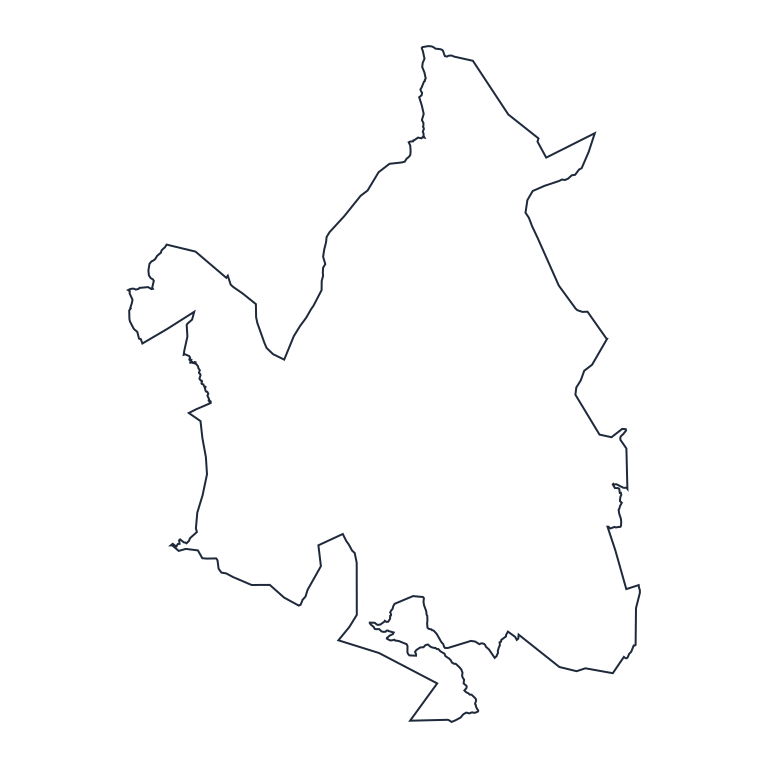 the district of Santiago Juxtlahuaca, Oaxaca, Mexico
{"feature_id": "50627088B28007976268142", "entity_name": "Santiago Juxtlahuaca", "entity_type": "district", "adm_level": 2, "iso_a3": "MEX", "parent_name": "Mexico", "parent_adm1": "Oaxaca", "projection": "natural_earth1", "projection_center": [-98.042, 17.208], "detail": "fine", "context": "isolated", "style": "outline", "palette": "slate", "viewbox_px": 768, "rotation_deg": 0, "n_neighbors": 0, "source": "geoboundaries", "source_scale": "gbopen_adm2", "svg_char_len": 6097}
<svg xmlns="http://www.w3.org/2000/svg" viewBox="0 0 768 768"><path d="M410.1,720.7L447.8,719.8L448.9,720.2L451.5,721.9L454.7,720.7L460.5,717.6L463.3,714.3L466.2,712.6L469.4,713.4L472.1,712.3L473.8,712.8L475.2,712.7L477.7,711.7L478.2,711.1L478.1,710.2L477.3,709.3L476.0,706.6L475.7,704.8L475.2,704.3L475.1,703.4L475.9,701.5L476.1,699.7L475.5,698.5L471.6,694.7L469.7,694.6L468.5,693.4L466.1,692.2L464.4,690.5L466.4,688.1L466.7,686.9L466.5,685.9L463.6,683.4L464.1,679.7L462.7,677.6L462.1,675.8L462.5,672.7L461.3,669.5L459.3,667.1L455.7,663.8L453.8,663.7L451.8,662.4L450.9,660.4L449.3,658.7L445.4,656.1L444.5,653.7L440.4,651.3L438.4,649.1L436.7,649.0L435.4,647.9L434.6,648.0L432.0,647.4L430.2,646.5L428.0,644.5L425.5,645.1L423.5,647.2L420.1,647.5L416.4,650.0L415.0,651.9L416.1,654.2L416.0,655.7L409.4,655.4L408.1,654.0L407.4,652.4L407.5,646.0L406.6,644.2L398.7,641.0L395.1,640.5L394.4,639.7L391.6,640.4L389.9,640.3L386.8,638.6L386.9,638.0L389.8,635.5L392.8,634.2L393.7,632.5L388.4,631.0L387.9,630.5L386.6,630.6L385.6,631.7L383.7,631.9L381.5,631.4L379.2,629.1L376.0,629.2L374.7,628.8L373.5,626.7L371.0,624.8L369.8,623.3L369.8,622.6L374.8,622.8L376.6,624.4L378.0,624.9L380.4,624.5L384.3,621.7L384.8,620.8L386.4,621.9L388.2,621.7L390.1,618.7L390.1,615.9L390.9,615.5L391.1,614.5L390.2,612.3L391.4,610.1L392.4,609.3L393.3,606.1L394.6,603.8L413.0,596.1L422.9,597.0L423.9,598.1L423.5,601.8L424.0,605.1L426.2,611.1L426.6,614.7L427.3,615.9L427.4,620.8L427.1,623.4L427.5,627.8L428.9,628.9L431.4,629.4L432.0,630.2L432.7,630.2L434.1,631.0L436.7,633.9L441.3,642.0L443.2,644.1L444.2,647.0L444.9,647.9L447.8,648.0L471.0,640.9L475.3,641.6L479.4,644.2L480.8,643.5L482.4,643.3L484.2,644.0L485.1,644.9L486.0,646.8L489.0,649.5L494.7,657.9L496.7,656.0L496.8,655.2L498.0,653.0L497.8,651.1L498.8,647.5L499.9,645.2L499.6,642.3L501.0,641.7L501.3,639.9L506.0,636.4L506.0,635.1L507.9,631.6L515.1,636.8L516.8,639.9L518.3,638.6L518.6,634.6L559.4,667.0L576.6,671.2L585.4,668.3L612.8,673.2L623.9,656.9L625.5,658.2L626.7,658.2L627.6,657.5L629.2,653.8L631.2,651.8L633.7,645.5L634.4,645.7L635.6,644.9L636.0,608.1L639.9,592.8L639.8,589.7L639.0,587.8L638.7,585.1L626.3,589.1L615.3,550.2L607.5,526.7L608.4,526.7L610.1,528.3L610.9,528.3L614.5,526.9L615.9,527.5L618.5,526.9L619.9,527.0L620.7,526.5L621.1,524.9L621.2,521.4L620.9,518.9L619.2,513.6L618.7,510.5L618.7,509.6L619.2,509.0L620.1,505.9L621.8,502.8L620.0,501.1L620.0,500.2L620.4,496.8L621.3,494.9L620.9,492.8L619.8,492.9L619.2,488.7L618.3,488.2L614.9,488.0L612.8,484.5L613.4,483.8L614.1,484.4L616.6,484.3L623.0,487.6L624.3,487.9L626.4,487.6L627.4,488.9L626.4,448.5L620.4,439.8L620.3,438.2L620.4,437.2L621.1,436.0L623.2,434.1L626.0,430.6L625.8,429.2L622.2,428.9L611.5,437.2L599.5,434.6L575.4,394.7L576.3,387.5L580.8,380.3L584.2,370.8L592.1,364.7L607.1,338.8L606.5,338.7L587.5,311.7L582.4,311.9L577.4,310.2L575.7,308.7L558.8,285.6L537.7,238.1L532.0,226.0L528.9,217.8L525.5,212.7L527.4,200.1L532.7,191.0L544.6,185.8L559.3,180.9L562.0,179.5L564.9,180.0L568.0,178.7L571.8,175.3L575.1,174.8L579.0,169.6L581.7,168.1L588.6,152.1L594.8,133.2L546.2,157.6L537.5,141.6L538.5,138.4L508.3,114.5L472.9,60.8L454.1,56.6L451.5,55.5L448.6,55.7L446.9,56.6L444.8,56.0L442.9,50.6L441.8,49.7L440.3,49.2L435.3,48.6L433.9,47.4L431.7,46.4L428.3,46.1L422.5,47.1L421.7,48.0L422.9,51.2L424.5,58.7L422.7,62.9L422.2,67.0L424.4,72.4L425.7,78.4L424.9,79.8L424.9,81.0L424.0,81.6L421.6,87.5L420.4,89.4L421.1,91.3L422.1,92.8L421.6,95.3L419.2,97.2L421.8,105.5L423.7,113.9L421.9,120.1L423.4,122.9L423.4,125.7L423.0,126.7L423.8,128.2L423.8,129.2L422.8,131.6L423.6,133.8L423.5,135.7L424.5,137.6L422.6,137.1L421.5,138.3L418.0,137.6L414.1,140.3L413.4,140.3L413.1,141.3L410.1,141.6L408.7,142.3L410.2,145.4L410.6,150.5L410.4,154.4L410.0,155.5L408.6,157.1L406.6,158.7L404.7,161.7L401.4,162.5L389.5,163.8L378.6,172.2L367.6,190.5L360.6,195.8L344.3,216.1L329.5,232.2L326.6,237.0L326.1,241.9L324.2,249.7L323.1,256.7L325.3,264.1L323.1,267.7L322.8,273.1L323.1,275.8L321.7,281.0L321.6,290.1L313.5,305.7L311.0,309.3L306.2,317.7L300.0,326.1L293.8,336.2L284.2,359.6L273.1,354.2L266.6,348.0L264.5,343.1L257.4,323.2L256.1,317.1L255.9,304.1L242.4,293.3L233.4,287.1L230.7,284.7L227.8,275.7L226.3,277.8L195.5,251.6L166.6,244.6L164.9,247.3L162.1,249.8L161.2,251.3L161.0,252.6L157.2,255.8L155.1,259.2L153.4,260.5L151.5,261.4L149.5,263.8L148.4,270.5L148.9,275.3L150.6,278.0L153.0,279.5L153.8,280.9L152.2,287.6L152.9,288.8L151.5,289.1L148.1,287.1L139.4,287.9L138.6,288.9L135.8,289.6L134.2,288.8L132.5,288.6L130.1,289.1L128.1,290.1L129.8,291.2L129.6,293.4L132.5,299.7L132.0,302.6L130.2,308.3L130.6,308.5L129.2,310.5L129.4,318.8L129.9,321.3L133.8,328.9L137.3,331.9L139.0,338.6L140.8,339.1L142.4,343.5L167.6,328.7L194.2,311.8L192.1,319.6L187.5,323.6L186.7,325.0L187.4,336.6L184.3,350.6L183.7,354.8L185.1,354.3L189.2,356.1L190.1,357.7L189.3,359.6L189.5,359.9L190.2,359.5L191.3,359.8L190.2,362.6L190.8,362.8L191.7,361.6L192.5,362.0L192.8,362.9L193.8,363.1L194.8,362.0L195.6,362.3L195.4,363.7L196.2,364.0L198.0,366.3L198.5,368.4L199.8,370.2L199.0,372.6L199.2,373.3L200.3,374.1L200.5,375.4L199.5,378.4L199.6,379.1L201.1,380.8L201.7,380.7L202.1,381.3L201.5,383.4L201.9,384.0L203.4,384.4L204.2,386.6L205.1,386.6L205.6,387.0L204.9,388.4L205.7,391.1L206.1,391.6L207.3,391.8L208.3,393.8L207.4,395.7L209.1,399.1L208.6,400.3L209.4,401.7L210.0,400.9L210.7,401.5L210.7,403.0L209.6,403.5L196.1,409.3L188.8,413.0L200.5,421.1L202.4,438.1L205.9,457.2L207.0,474.3L202.6,495.2L197.3,512.6L195.9,528.4L196.9,532.0L190.8,537.5L189.9,538.4L189.0,540.8L186.5,543.3L185.4,542.6L183.9,542.4L180.1,539.4L179.1,540.3L179.6,543.8L177.7,544.1L176.5,546.4L175.8,546.2L172.7,543.8L170.8,545.4L172.3,545.4L178.7,550.9L185.8,548.9L197.9,550.4L202.3,558.2L206.8,558.6L216.2,558.4L217.5,560.3L218.6,568.7L221.4,572.6L226.2,573.4L233.1,577.1L251.6,585.0L269.8,584.9L284.1,597.6L298.8,605.6L299.2,605.1L300.5,604.9L302.3,600.7L302.4,600.0L305.5,596.6L307.6,589.8L320.9,566.2L318.4,545.3L342.8,534.0L346.3,541.1L348.6,544.2L352.1,550.6L354.7,553.0L356.7,562.8L356.8,614.9L349.2,627.2L338.4,640.3L379.0,653.0L437.2,683.4L410.1,720.7Z" fill="none" stroke="#1e293b" stroke-width="2"/></svg>